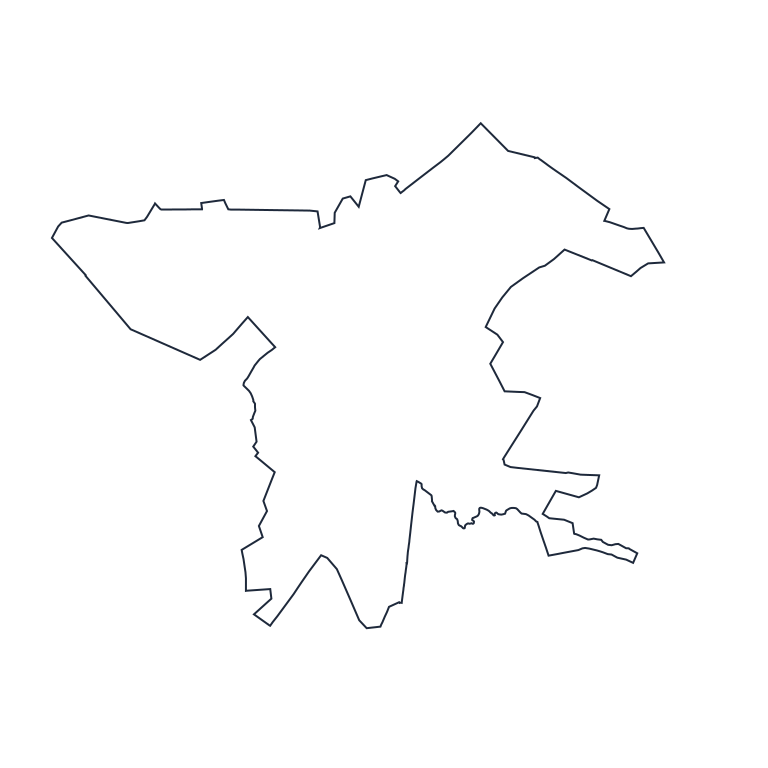 the district of Valka, Valkas, Latvia, rotated 169°
{"feature_id": "27541924B34676349154335", "entity_name": "Valka", "entity_type": "district", "adm_level": 2, "iso_a3": "LVA", "parent_name": "Latvia", "parent_adm1": "Valkas", "projection": "orthographic", "projection_center": [25.998, 57.777], "detail": "fine", "context": "isolated", "style": "outline", "palette": "slate", "viewbox_px": 768, "rotation_deg": 169, "n_neighbors": 0, "source": "geoboundaries", "source_scale": "gbopen_adm2", "svg_char_len": 5898}
<svg xmlns="http://www.w3.org/2000/svg" viewBox="0 0 768 768"><g transform="rotate(169 384 384)"><path d="M656.4,547.2L622.3,486.1L559.9,442.8L542.8,449.7L535.6,454.1L522.6,461.9L517.8,465.7L512.2,470.1L504.9,475.7L501.5,470.1L486.8,445.8L483.8,440.9L487.7,438.8L492.2,436.9L501.0,432.2L502.9,430.7L507.5,426.8L508.7,425.3L512.1,421.4L515.5,417.4L517.3,415.5L519.9,413.7L521.3,411.9L521.8,410.7L522.2,409.6L522.0,409.1L517.8,403.0L516.6,400.3L515.8,396.9L515.3,393.1L515.6,392.0L514.6,389.8L514.4,389.1L514.7,387.8L515.1,385.6L515.4,382.3L516.7,380.4L519.0,376.7L519.5,375.0L519.9,374.7L521.5,374.0L521.4,373.6L520.2,369.6L519.2,366.1L520.1,351.7L524.3,347.5L520.7,340.6L524.0,337.7L518.8,331.4L508.1,318.3L511.9,312.4L524.7,292.2L523.1,281.6L533.9,268.5L532.3,256.8L555.4,248.3L555.4,244.0L555.3,239.0L555.6,232.6L555.9,225.7L556.6,219.6L559.0,207.3L558.4,207.3L534.8,204.4L535.5,194.8L555.6,182.7L542.4,168.8L541.9,168.4L538.7,171.5L533.1,176.3L512.8,195.0L507.5,200.4L502.9,205.0L493.3,214.4L478.4,227.9L472.9,224.1L465.6,211.3L462.9,199.8L457.9,177.4L453.4,156.8L447.6,147.6L442.4,147.2L438.9,146.9L436.1,146.7L433.8,146.5L432.8,148.1L432.6,148.4L431.1,150.3L429.9,152.1L428.8,153.7L427.6,155.5L426.2,157.4L425.1,158.9L424.0,160.5L423.0,162.1L421.6,164.3L416.2,165.6L410.8,166.9L410.4,166.1L409.7,166.2L408.8,166.0L408.4,165.8L406.0,173.1L405.0,176.1L404.3,178.1L403.8,179.8L403.5,180.7L403.2,181.4L402.8,182.7L402.7,182.8L402.7,183.1L402.1,184.7L401.4,187.0L400.7,189.3L400.1,191.2L399.5,193.0L398.8,194.9L398.2,196.8L397.6,198.6L397.5,198.8L396.9,200.6L396.3,202.5L396.1,203.7L395.7,203.5L395.2,205.0L394.8,206.7L394.3,208.6L393.8,210.5L393.2,212.5L392.7,214.3L392.1,216.1L391.4,218.0L390.8,219.8L390.7,220.2L389.3,224.2L388.8,226.0L386.6,233.0L384.0,241.4L382.8,245.2L380.7,251.9L379.3,256.2L377.9,260.4L374.6,270.7L373.0,275.7L370.6,282.1L370.4,282.4L368.8,281.2L366.5,279.1L366.2,278.5L366.6,276.5L366.5,274.3L365.3,272.7L364.7,272.4L358.8,265.8L358.6,265.0L359.0,260.8L359.3,259.8L357.7,254.9L357.4,255.0L357.1,254.4L357.3,252.3L356.9,250.4L355.7,248.5L354.2,248.3L351.8,249.0L351.3,248.8L350.6,248.3L348.6,246.2L346.8,245.7L345.4,246.3L341.7,246.1L339.9,246.1L339.3,245.1L339.0,244.8L338.7,244.3L338.7,243.8L338.8,243.2L339.0,242.7L339.4,241.9L339.7,240.4L339.2,238.6L338.0,237.3L337.9,236.5L337.8,236.0L337.8,235.0L337.9,234.0L338.0,233.2L337.7,231.9L337.5,231.3L336.7,230.5L335.8,230.0L335.5,229.7L335.0,229.0L334.5,228.4L333.9,227.4L333.1,227.0L332.4,227.1L332.2,227.3L331.8,228.5L331.3,229.7L330.4,230.3L329.4,230.8L328.3,231.1L328.0,231.1L326.7,230.5L325.7,230.5L324.7,230.6L324.3,230.3L323.8,230.0L323.4,229.8L323.1,229.9L322.5,230.2L322.3,230.6L321.9,231.7L322.2,232.5L322.9,233.1L323.3,233.5L323.4,233.9L323.0,234.8L322.6,235.4L322.4,235.5L321.5,235.6L320.3,235.9L319.7,236.0L317.7,236.5L316.8,237.0L315.8,238.1L315.3,239.0L314.7,240.4L314.6,241.7L314.4,243.1L314.2,243.5L313.7,244.0L313.3,244.1L312.5,244.1L311.3,243.6L310.5,243.2L307.2,241.1L305.9,240.0L304.9,239.0L304.6,238.5L303.7,237.2L302.8,236.4L302.4,235.7L302.0,235.1L301.7,234.5L301.5,234.2L301.0,233.9L300.3,234.0L300.3,234.6L300.2,235.1L299.9,235.7L299.4,236.2L298.5,236.4L298.2,236.3L297.8,235.9L297.1,234.9L296.8,234.6L296.2,234.2L295.6,234.0L293.8,233.4L292.0,233.4L289.9,233.6L288.5,236.1L287.9,236.6L284.3,237.9L282.6,238.0L280.3,237.6L278.2,236.9L277.1,235.8L274.7,231.9L273.7,230.6L269.5,229.2L268.8,228.7L267.1,227.3L262.2,222.1L260.9,220.1L259.7,219.3L259.7,218.5L259.3,215.5L258.5,208.5L257.2,199.0L257.0,197.7L256.5,194.1L256.3,192.8L256.2,192.0L255.2,184.1L246.0,184.0L240.3,184.0L238.9,184.0L224.8,183.9L220.6,184.8L217.9,184.7L214.0,183.3L206.8,180.0L203.7,178.4L201.0,176.9L196.8,174.3L193.2,173.2L188.1,169.0L179.8,165.4L173.6,160.9L167.7,169.5L174.5,175.2L175.1,176.0L177.7,176.6L182.2,180.4L184.5,182.3L187.4,182.6L191.3,182.3L194.7,183.4L199.3,187.2L200.5,189.6L204.2,190.8L207.7,192.2L211.7,192.2L213.4,192.4L217.2,195.0L221.1,198.0L224.0,199.9L225.8,200.6L225.9,201.1L225.5,209.8L225.4,211.4L233.1,216.4L247.4,220.7L249.5,222.9L253.0,226.2L235.7,246.3L214.3,235.6L205.4,237.8L200.1,239.7L195.7,241.6L194.6,243.3L193.9,244.5L193.6,245.3L190.2,253.3L201.5,255.9L208.3,257.5L215.8,260.4L220.1,262.0L222.5,261.9L269.0,276.2L274.3,277.9L275.6,278.3L281.0,281.9L281.1,286.6L281.6,287.4L280.0,289.2L270.1,299.7L259.6,310.8L242.5,329.1L241.6,329.9L238.1,332.8L233.4,340.4L240.5,344.9L247.6,349.2L253.3,350.5L267.0,353.8L270.2,364.9L275.8,383.6L268.7,391.6L259.2,402.4L263.3,410.8L273.3,420.5L261.0,437.0L251.4,446.4L240.9,455.1L227.4,461.3L209.4,468.8L203.5,469.4L193.3,474.2L181.1,481.5L156.4,465.6L155.8,465.8L121.0,442.7L114.2,446.5L110.1,448.9L101.7,452.0L85.9,449.9L89.6,460.7L98.7,486.0L99.3,487.7L102.2,488.0L105.3,488.2L107.5,488.5L110.4,488.8L112.3,489.2L114.1,489.7L115.9,490.5L118.6,492.3L123.0,494.8L125.9,496.5L131.4,499.7L133.7,500.8L135.8,501.8L136.6,502.1L129.4,512.7L139.6,523.0L155.8,540.5L165.7,551.4L173.1,558.9L176.9,562.8L178.8,564.8L180.5,566.6L181.9,568.1L182.4,568.7L187.4,574.1L188.0,574.6L189.9,576.9L190.3,576.9L192.9,577.0L192.9,577.8L217.7,589.1L234.1,613.7L237.7,619.1L239.3,621.5L250.5,613.7L277.4,595.8L282.1,593.2L286.2,591.0L294.8,586.8L310.2,579.1L325.7,571.3L327.2,570.3L331.3,568.3L331.9,569.4L335.3,576.1L331.4,580.2L334.3,583.4L341.6,588.6L356.0,588.0L363.0,587.6L375.0,562.8L381.2,574.6L389.1,573.9L399.7,561.5L402.0,551.4L417.3,549.3L416.8,550.0L416.3,566.1L417.9,566.6L424.2,568.5L425.3,568.7L433.4,570.4L458.4,575.6L493.8,583.0L501.3,584.5L503.5,585.2L504.1,587.4L505.3,591.9L506.0,595.2L512.1,595.6L521.0,596.1L528.9,596.5L529.2,590.5L529.3,590.2L542.5,592.7L546.1,593.3L552.7,594.6L563.9,596.7L569.2,597.7L570.1,598.3L571.2,599.9L574.3,604.9L574.5,604.6L584.7,593.3L587.9,590.4L593.5,590.5L604.7,590.9L606.2,591.3L641.8,605.8L660.3,604.5L669.6,603.9L673.8,600.8L682.1,590.7L656.0,547.7L656.4,547.2Z" fill="none" stroke="#1e293b" stroke-width="2"/></g></svg>